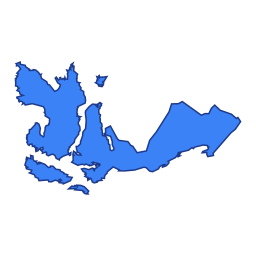 Vågsøy nor, Sogn og Fjordane, Norway (Mercator projection)
{"feature_id": "86288312B93640020116268", "entity_name": "Vågsøy nor", "entity_type": "district", "adm_level": 2, "iso_a3": "NOR", "parent_name": "Norway", "parent_adm1": "Sogn og Fjordane", "projection": "mercator", "projection_center": [5.158, 61.959], "detail": "fine", "context": "isolated", "style": "filled", "palette": "blue", "viewbox_px": 256, "rotation_deg": 0, "n_neighbors": 0, "source": "geoboundaries", "source_scale": "gbopen_adm2", "svg_char_len": 5634}
<svg xmlns="http://www.w3.org/2000/svg" viewBox="0 0 256 256"><path d="M105.5,128.5L105.6,133.2L104.1,133.5L104.2,134.4L110.6,136.3L112.3,141.6L112.3,144.9L113.9,148.4L113.8,149.7L111.8,150.7L110.2,149.9L109.7,144.6L108.6,144.1L108.1,139.7L107.0,139.5L106.6,137.3L105.4,136.1L102.5,135.6L102.1,130.7L101.4,128.9L101.9,129.2L101.6,127.6L102.1,126.5L101.7,123.6L100.3,122.2L100.3,118.9L99.8,117.7L100.5,114.9L99.0,113.8L98.7,109.8L100.1,108.1L99.9,106.9L101.4,105.6L101.5,104.2L100.4,103.6L101.2,103.4L100.0,102.5L97.5,104.2L97.9,104.8L97.0,104.6L98.3,107.9L95.4,105.1L96.6,104.5L92.5,104.1L89.1,106.7L85.7,110.8L85.3,112.5L86.2,120.2L85.6,128.6L82.9,132.1L82.6,135.8L80.5,141.8L80.5,143.7L77.8,146.4L76.2,146.4L76.5,149.2L77.7,152.3L80.0,153.4L81.0,155.1L77.2,154.8L76.3,153.1L75.9,154.3L75.6,152.5L73.6,151.2L72.9,154.3L73.9,155.3L73.0,155.4L73.2,160.4L71.7,162.2L78.5,165.6L77.9,165.2L82.3,164.2L84.5,165.0L85.8,164.0L89.7,165.8L90.1,165.5L89.0,164.7L91.1,165.6L94.5,164.0L92.9,163.9L92.9,162.8L92.3,162.5L93.2,162.2L99.6,163.9L100.0,164.8L99.0,166.0L98.1,164.2L95.5,164.6L95.6,165.9L96.7,166.0L97.1,167.5L94.9,168.5L94.4,170.6L93.4,169.8L94.0,168.8L92.5,168.0L88.7,169.6L84.3,168.4L81.5,169.0L83.3,171.7L85.7,172.4L84.9,174.1L86.0,174.1L85.5,174.9L85.9,175.6L84.9,176.4L89.1,178.1L87.6,178.7L87.8,180.3L90.8,178.4L92.4,182.0L94.2,182.9L97.3,182.1L97.7,181.4L97.2,181.2L97.9,180.8L102.0,180.3L101.4,179.6L101.6,178.1L104.5,178.4L104.4,177.0L105.4,174.7L107.0,173.4L107.2,171.9L113.2,166.9L119.3,169.9L118.6,170.8L124.6,170.9L134.7,170.0L143.9,167.2L146.3,167.7L149.6,171.1L152.6,171.7L158.5,168.9L159.6,166.7L162.8,164.9L165.6,164.3L163.1,165.6L162.6,167.1L166.4,165.7L168.8,163.1L168.9,161.5L168.2,161.2L175.4,157.6L177.4,155.2L178.3,156.1L177.4,157.1L179.9,155.9L178.7,155.7L180.3,153.4L177.7,154.5L178.4,152.6L188.6,150.2L191.8,147.7L193.5,148.6L194.6,147.1L203.3,145.0L207.6,145.6L207.9,147.3L208.7,147.3L207.9,149.5L202.8,151.5L202.1,152.8L206.7,152.4L206.9,154.7L207.8,156.6L213.5,155.5L213.1,153.3L231.0,132.7L235.3,129.3L240.6,121.6L237.9,117.5L236.4,118.5L231.4,114.2L220.2,110.3L214.7,105.1L211.4,108.3L208.8,113.7L205.0,113.6L201.3,115.2L182.3,101.6L178.4,103.7L171.6,103.9L169.0,111.9L156.3,132.0L149.7,140.3L146.4,150.9L137.1,152.7L132.8,146.2L130.9,145.5L127.9,141.6L119.1,140.4L117.4,138.8L110.4,126.0L105.5,128.5ZM20.2,62.1L16.1,63.7L16.7,64.2L16.5,65.9L18.2,65.5L20.6,68.9L16.9,73.2L18.2,73.7L17.5,75.7L16.6,75.9L17.5,76.6L15.7,78.5L16.3,78.5L15.4,80.9L15.8,81.2L15.6,86.0L17.6,86.3L18.0,88.3L18.9,88.3L16.9,90.5L19.4,91.6L20.1,94.1L23.1,95.4L16.8,97.2L16.9,98.1L19.0,99.3L18.6,100.8L19.3,101.9L20.5,101.1L22.4,101.8L23.1,102.7L22.5,104.1L24.2,103.2L25.2,105.0L32.3,103.7L43.4,106.7L44.8,109.2L44.9,112.2L44.3,112.4L45.5,114.1L45.1,115.8L49.6,118.6L49.3,123.7L48.7,123.9L48.6,125.0L46.0,125.8L45.2,127.4L45.0,130.7L43.9,133.3L44.2,135.7L43.4,136.8L40.2,134.7L39.8,132.5L40.3,128.2L38.9,124.1L36.8,122.7L35.3,123.2L35.5,124.3L30.7,129.5L29.4,129.6L29.2,133.4L26.8,135.1L27.2,135.5L26.7,137.0L27.2,137.1L26.7,137.9L27.1,139.0L26.7,139.0L27.7,141.5L26.8,142.1L28.2,144.8L29.2,145.4L29.8,144.3L32.0,144.1L32.4,146.4L34.6,145.9L34.5,147.1L37.3,148.0L36.7,149.4L35.6,148.9L35.9,151.5L37.9,150.8L39.3,148.7L40.3,149.3L40.8,147.9L43.0,147.4L43.0,149.3L40.8,150.2L42.6,151.8L42.4,153.2L46.1,152.0L46.6,152.7L46.4,154.6L48.3,155.8L52.7,154.0L55.1,155.7L56.2,158.4L59.4,159.9L59.7,158.5L63.1,156.2L68.5,154.2L69.7,155.5L70.6,155.0L70.9,152.6L68.3,153.9L68.0,149.9L68.8,149.8L69.1,147.7L69.8,147.3L69.4,146.9L74.1,142.5L75.0,139.1L78.8,134.0L78.5,132.6L80.1,130.3L79.8,126.6L78.4,124.2L78.3,122.4L79.8,119.5L79.0,119.2L79.7,118.2L79.2,117.6L80.6,116.7L77.4,116.3L77.9,115.9L77.2,115.7L77.5,113.9L76.8,113.7L77.3,108.4L78.1,107.5L77.7,106.6L85.1,103.1L85.6,100.4L85.2,97.1L83.8,94.6L83.6,91.5L80.4,89.5L81.1,87.9L79.2,85.2L79.3,83.3L79.9,82.8L77.0,82.1L76.6,78.5L77.0,78.5L77.0,75.5L77.6,74.2L73.7,70.9L74.0,66.4L72.6,66.8L72.9,65.7L72.2,65.6L73.0,63.2L70.9,64.7L70.9,66.9L70.2,67.1L70.6,69.1L69.7,68.2L69.0,70.6L66.8,70.1L68.0,72.6L67.3,73.9L67.9,76.0L67.4,77.3L67.5,79.2L65.5,79.2L64.9,77.4L64.4,79.6L63.1,78.4L62.0,79.4L60.9,78.8L60.7,77.5L59.9,77.7L60.3,78.4L58.7,80.1L56.3,77.1L55.2,78.1L57.7,82.8L60.4,84.8L59.5,87.5L57.6,90.0L54.7,91.4L49.5,84.9L47.7,84.4L46.7,81.7L41.6,78.5L40.7,75.6L41.3,74.2L39.8,74.6L38.7,72.6L35.7,70.0L33.2,69.7L33.3,68.9L33.2,70.4L29.3,70.5L28.8,69.4L29.3,69.2L25.8,66.9L25.2,65.3L20.3,64.3L20.2,62.1ZM33.0,156.1L30.6,155.4L30.9,158.9L26.6,157.3L26.3,158.8L27.2,158.4L27.4,159.7L26.5,159.7L24.9,165.1L27.4,167.2L26.0,167.3L26.4,168.8L31.7,170.2L31.4,171.7L29.4,172.9L34.4,174.7L35.4,177.3L38.0,178.0L39.0,180.7L46.7,180.0L48.4,180.3L48.8,181.7L51.5,181.8L55.2,180.2L58.7,181.2L59.2,179.4L60.5,179.3L61.4,180.5L59.4,181.4L60.0,182.3L58.7,181.8L59.1,182.7L63.0,183.0L63.2,183.9L70.4,180.7L72.2,177.4L67.0,176.6L67.8,174.8L63.8,173.6L63.8,172.7L60.2,171.0L60.0,169.7L56.0,169.3L53.1,166.3L50.4,166.0L50.2,167.2L48.4,167.5L45.0,164.4L39.8,162.3L38.9,162.3L40.0,163.4L37.3,164.0L37.4,163.1L35.4,161.5L35.9,161.1L34.3,161.2L33.1,159.4L33.0,156.1ZM75.0,185.4L74.1,186.4L71.7,186.1L68.6,188.9L76.0,188.5L74.9,189.8L82.5,190.5L83.8,191.4L83.1,191.8L84.4,193.3L86.1,193.9L88.1,193.9L87.5,193.0L88.7,191.1L84.4,186.8L80.9,185.4L77.4,185.2L77.4,186.1L76.8,185.2L75.9,186.2L75.0,185.4ZM100.0,77.4L99.2,75.5L98.2,76.6L98.6,77.7L96.9,76.8L97.9,79.9L97.0,79.9L96.5,82.1L95.5,82.7L99.1,84.8L98.4,85.2L98.8,86.1L102.1,86.6L102.7,85.8L101.3,84.9L103.3,84.7L103.7,83.0L102.7,82.4L103.0,81.5L104.0,81.4L106.9,76.6L102.6,77.2L102.8,77.9L102.2,77.0L100.0,77.4Z" fill="#3b82f6" stroke="#1e3a8a" stroke-width="1.5"/></svg>